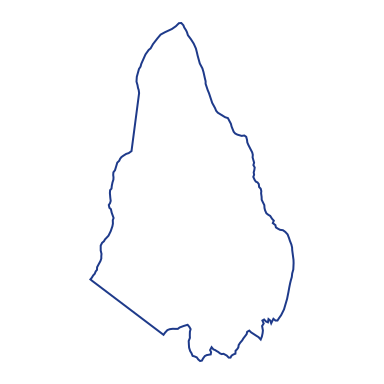 Santa Cruz do Arari, Pará, Brazil
{"feature_id": "56859067B39601513417759", "entity_name": "Santa Cruz do Arari", "entity_type": "district", "adm_level": 2, "iso_a3": "BRA", "parent_name": "Brazil", "parent_adm1": "Pará", "projection": "equal_earth", "projection_center": [-49.293, -0.555], "detail": "fine", "context": "isolated", "style": "outline", "palette": "blue", "viewbox_px": 384, "rotation_deg": 0, "n_neighbors": 0, "source": "geoboundaries", "source_scale": "gbopen_adm2", "svg_char_len": 2935}
<svg xmlns="http://www.w3.org/2000/svg" viewBox="0 0 384 384"><path d="M92.1,280.8L163.5,334.8L165.0,332.7L167.4,330.1L169.7,329.2L172.6,328.8L177.8,328.9L179.6,327.5L183.9,325.9L187.6,324.8L189.3,326.8L190.6,329.1L189.9,331.7L189.8,335.4L189.9,337.9L188.7,341.0L188.9,344.9L189.1,347.7L190.2,351.1L191.5,353.2L192.6,355.9L194.5,356.4L196.8,357.4L198.3,359.5L200.1,361.0L201.9,360.6L203.1,358.4L204.8,356.1L206.7,355.1L210.7,354.4L211.1,352.1L210.1,350.1L211.6,347.2L213.4,349.4L215.2,350.1L216.7,351.1L218.3,352.0L220.0,353.4L221.7,354.1L223.5,353.8L225.2,354.7L226.8,355.6L228.7,357.6L230.5,357.6L231.6,355.6L233.5,354.4L235.4,353.7L235.6,350.7L237.0,349.4L238.3,347.5L238.7,345.0L240.2,342.7L242.2,340.4L243.3,338.5L246.6,334.2L247.2,331.8L249.3,330.6L251.0,332.3L252.7,333.4L256.7,336.0L258.5,337.1L260.7,339.5L261.9,336.5L262.6,333.2L262.9,330.5L262.1,326.0L263.7,323.5L262.4,320.5L264.1,319.5L266.0,321.5L267.9,322.3L268.5,319.1L270.2,320.5L271.2,323.3L272.3,321.0L273.4,318.8L275.4,320.5L277.5,320.5L279.1,318.0L281.1,315.2L284.0,309.4L287.1,298.8L288.4,292.3L289.3,287.3L290.2,282.9L290.9,280.1L291.8,277.0L292.2,273.4L293.3,269.5L293.6,263.1L293.5,259.9L292.2,250.0L292.1,247.6L291.4,244.6L289.9,240.8L289.1,238.3L287.6,234.4L285.3,231.9L282.9,230.2L280.0,229.8L277.6,228.5L275.9,227.4L275.4,225.1L272.8,223.1L273.8,220.7L272.0,218.7L270.2,215.9L268.3,214.8L266.4,213.3L265.1,210.4L264.5,208.1L264.3,205.1L263.2,202.9L261.7,199.8L261.6,196.8L261.1,193.3L261.3,191.1L260.7,188.7L259.1,187.0L258.8,184.1L257.5,182.4L255.8,181.6L254.6,179.8L253.3,176.9L254.1,174.8L253.7,172.4L254.3,170.1L254.7,167.5L253.4,165.1L254.1,162.7L252.6,157.4L252.8,154.8L252.2,152.4L248.3,144.8L247.3,142.4L247.0,139.8L246.2,136.8L244.3,135.5L241.7,135.9L237.3,134.6L235.2,133.5L233.7,131.8L231.6,126.6L230.9,123.8L227.9,118.1L225.1,117.2L223.0,115.9L217.8,112.7L216.1,110.7L215.1,108.2L212.2,102.9L209.0,93.2L207.7,90.1L206.6,86.8L205.6,83.8L205.6,81.2L204.9,78.4L203.5,72.1L202.4,68.4L199.8,63.5L197.6,55.5L196.9,52.4L195.9,48.5L193.7,43.6L190.9,39.2L187.9,35.2L187.0,32.3L186.1,30.4L184.2,27.4L183.4,25.3L181.3,23.0L178.9,23.2L175.9,26.2L171.9,29.0L165.0,32.2L160.6,34.6L157.5,38.3L153.0,44.1L150.6,48.4L148.7,49.9L145.5,54.4L141.3,63.8L140.5,66.7L139.0,68.9L136.8,76.8L136.5,81.6L137.5,85.1L138.0,87.9L138.7,90.0L139.1,93.1L131.5,151.1L128.7,153.1L126.2,153.9L123.5,155.6L121.4,157.1L120.1,158.8L119.2,160.8L117.3,162.6L115.0,170.2L113.4,172.3L113.2,175.0L113.5,177.3L113.4,179.6L112.5,182.4L111.8,185.8L111.5,188.6L110.1,190.2L109.9,193.1L110.3,197.8L110.7,200.9L110.0,203.2L108.8,205.0L109.4,207.8L110.9,209.2L111.7,212.7L113.6,218.0L112.8,220.1L112.9,223.7L112.4,226.3L110.7,231.2L108.5,235.7L105.0,239.4L103.9,241.3L102.1,242.8L100.7,245.6L100.7,250.5L101.5,253.9L101.3,256.2L101.3,258.5L100.5,260.9L97.1,267.2L97.0,269.8L95.7,271.4L94.7,273.8L93.2,275.4L91.8,277.7L90.4,279.4L92.1,280.8Z" fill="none" stroke="#1e3a8a" stroke-width="2"/></svg>